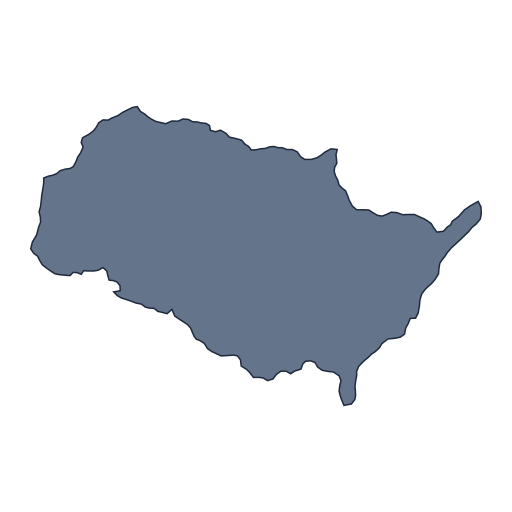 Biquinhas, Minas Gerais, Brazil
{"feature_id": "56859067B36439277401093", "entity_name": "Biquinhas", "entity_type": "district", "adm_level": 2, "iso_a3": "BRA", "parent_name": "Brazil", "parent_adm1": "Minas Gerais", "projection": "mercator", "projection_center": [-45.527, -18.765], "detail": "fine", "context": "isolated", "style": "filled", "palette": "slate", "viewbox_px": 512, "rotation_deg": 0, "n_neighbors": 0, "source": "geoboundaries", "source_scale": "gbopen_adm2", "svg_char_len": 3169}
<svg xmlns="http://www.w3.org/2000/svg" viewBox="0 0 512 512"><path d="M344.0,405.4L351.4,404.0L354.8,399.6L355.6,395.7L355.4,390.9L355.0,386.4L355.6,381.2L356.7,375.5L356.6,371.6L358.5,366.6L361.7,363.2L364.8,360.2L368.0,357.6L371.5,354.1L374.9,351.9L379.1,348.2L381.9,343.6L387.9,339.0L394.7,338.3L400.2,337.2L404.5,334.2L405.7,328.1L408.2,323.6L410.2,318.4L415.5,318.2L418.1,313.3L419.4,306.0L419.9,300.0L421.8,293.8L425.5,289.0L428.6,286.1L431.6,283.5L435.0,279.5L438.5,273.9L439.0,268.1L439.8,263.3L442.0,259.9L444.5,256.9L447.3,252.6L451.4,247.8L455.8,243.8L461.0,239.0L464.8,235.3L468.4,231.9L471.8,227.6L476.2,224.0L480.3,219.0L481.3,213.6L480.9,206.8L478.2,201.4L474.1,203.7L470.2,205.9L464.6,209.8L461.4,213.3L458.9,216.2L455.6,218.8L452.3,221.2L450.5,224.9L447.3,227.0L443.4,231.3L436.9,232.1L433.8,227.9L431.2,223.6L427.5,220.9L423.9,218.7L419.0,216.6L414.5,214.5L409.1,214.5L402.6,214.7L396.9,212.6L391.3,212.2L386.0,214.7L382.1,216.1L377.6,215.4L373.1,212.8L368.8,210.0L364.1,209.8L356.7,209.8L352.4,206.1L349.3,200.4L347.5,195.4L345.5,190.7L342.2,188.2L339.1,185.0L337.7,180.1L335.6,176.1L334.2,171.6L334.6,167.4L336.8,163.2L336.5,159.2L336.0,154.7L337.2,149.5L331.1,148.8L325.1,152.0L321.0,155.2L317.1,157.7L311.4,159.4L304.8,159.4L300.6,156.7L297.2,151.8L292.2,149.5L287.2,149.6L282.1,147.7L278.0,147.7L274.1,146.5L269.8,146.8L264.9,148.5L260.6,148.8L256.0,149.8L251.3,150.0L248.7,146.5L245.0,144.2L241.6,140.1L235.2,138.4L229.4,137.1L226.0,133.4L220.6,130.2L215.5,131.7L210.4,130.3L209.5,125.5L206.0,123.4L201.3,122.9L196.9,121.9L192.7,121.8L188.3,119.4L182.9,119.0L178.0,121.2L171.9,121.0L165.8,123.7L156.0,121.5L151.1,119.0L148.0,116.9L144.8,114.1L140.5,111.5L137.3,106.6L132.4,107.5L127.1,110.1L122.6,112.4L117.9,115.6L111.8,118.0L108.2,120.1L103.0,119.9L98.8,122.7L96.1,127.5L93.5,130.8L89.2,134.1L82.5,137.8L81.2,142.5L83.1,147.0L80.6,152.8L77.8,156.9L76.0,161.6L73.3,166.6L70.0,168.5L65.4,169.1L60.3,170.6L56.8,173.5L52.9,175.2L48.5,176.1L43.7,178.0L43.7,183.0L42.8,189.2L41.8,194.9L41.3,199.9L40.6,206.2L39.1,211.7L40.3,217.1L40.6,222.1L38.7,227.0L36.6,234.9L32.4,242.0L30.7,248.9L33.8,253.4L37.6,256.2L39.5,260.1L42.3,264.8L47.1,268.5L51.1,271.3L54.8,273.7L58.8,274.6L64.8,275.2L70.0,275.6L73.1,272.4L77.0,272.6L81.2,274.3L83.7,270.7L88.4,271.0L93.4,271.0L98.1,270.3L102.9,267.6L106.8,271.0L107.8,275.6L109.1,280.1L113.4,280.6L116.9,281.9L120.0,285.7L120.2,290.7L113.7,291.9L117.3,295.6L121.4,298.0L125.0,299.1L130.6,301.0L136.2,303.1L141.4,304.1L145.2,307.0L149.1,308.1L154.0,308.3L157.8,311.4L161.5,312.2L167.1,313.7L171.9,309.4L174.8,316.1L181.0,320.3L187.4,324.4L190.6,328.1L192.3,332.2L194.1,336.3L196.4,339.3L199.8,340.5L204.3,343.4L207.5,348.6L211.8,351.6L216.5,353.7L221.0,355.9L228.5,355.5L233.4,355.1L237.5,355.9L240.5,360.0L241.2,366.0L246.7,369.5L249.7,372.5L253.4,377.4L259.1,377.4L263.2,378.0L267.6,380.6L272.9,379.0L276.4,374.4L280.9,371.2L286.2,371.2L290.6,373.8L294.8,371.0L301.0,369.1L302.7,364.1L305.5,361.3L310.6,360.8L315.1,362.6L317.7,367.1L322.2,370.3L327.7,371.4L333.4,372.0L339.1,375.8L341.0,380.8L339.8,385.4L339.1,391.2L340.1,395.3L341.4,399.3L344.0,405.4Z" fill="#64748b" stroke="#1e293b" stroke-width="1.5"/></svg>